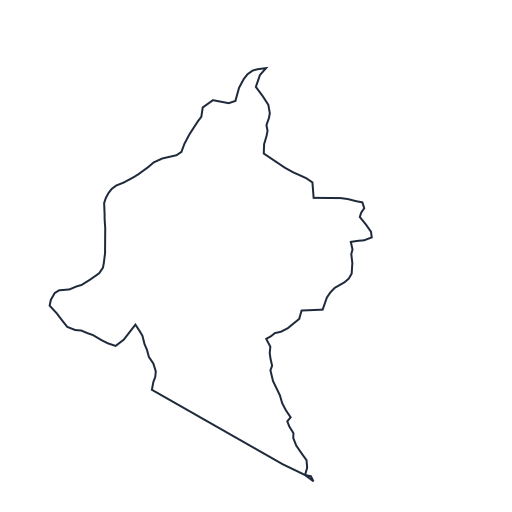 outline of Paraíso do Norte, Paraná, Brazil, rotated 119°
{"feature_id": "56859067B23838105782075", "entity_name": "Paraíso do Norte", "entity_type": "district", "adm_level": 2, "iso_a3": "BRA", "parent_name": "Brazil", "parent_adm1": "Paraná", "projection": "equal_earth", "projection_center": [-52.64, -23.256], "detail": "fine", "context": "isolated", "style": "outline", "palette": "slate", "viewbox_px": 512, "rotation_deg": 119, "n_neighbors": 0, "source": "geoboundaries", "source_scale": "gbopen_adm2", "svg_char_len": 1818}
<svg xmlns="http://www.w3.org/2000/svg" viewBox="0 0 512 512"><g transform="rotate(119 256 256)"><path d="M151.9,374.6L160.8,371.3L166.0,372.1L181.6,373.2L192.6,373.0L201.1,371.7L206.4,374.4L216.2,385.3L223.8,390.9L230.1,393.2L241.3,398.4L246.2,401.1L256.0,407.4L262.1,412.4L267.2,414.7L272.1,415.5L278.0,415.5L283.3,414.5L292.5,408.9L297.1,406.3L304.7,401.4L326.7,389.4L335.9,385.7L340.4,384.2L347.1,384.8L357.2,389.7L365.9,394.5L369.6,398.2L375.7,403.0L381.5,411.6L386.0,414.1L393.7,414.2L399.5,412.4L402.7,402.6L406.4,394.2L409.5,386.7L408.4,378.2L405.9,372.7L405.2,366.1L404.2,360.2L404.5,350.2L404.2,343.2L402.7,335.2L393.3,331.1L374.5,328.2L377.9,321.7L380.8,316.7L387.1,310.8L391.0,305.8L396.2,300.8L399.8,293.7L405.5,287.7L410.6,285.5L415.9,284.7L423.5,282.2L425.2,131.8L423.8,106.9L416.4,108.6L410.1,112.8L406.7,120.1L402.3,128.9L397.2,135.1L392.8,137.4L388.9,144.3L385.4,148.5L380.3,147.5L376.5,155.0L372.0,161.8L366.4,167.4L360.3,176.0L357.2,180.4L353.2,184.1L348.9,188.0L344.2,188.7L338.7,193.6L334.3,196.9L328.4,199.5L323.5,206.9L318.9,204.0L314.3,202.1L310.2,197.5L303.8,193.2L297.2,190.6L290.1,187.7L281.6,189.7L270.6,171.7L257.9,173.9L251.8,173.3L245.7,171.7L236.0,165.8L230.8,163.9L225.0,163.8L215.5,168.3L208.1,173.6L203.6,174.7L197.7,179.9L193.1,173.9L189.9,169.1L183.6,163.8L179.1,167.1L175.1,175.3L171.6,184.1L167.2,185.0L161.7,184.5L157.5,189.0L159.4,194.6L161.7,203.4L164.3,210.0L177.2,233.8L164.3,242.3L163.6,249.8L164.8,264.2L164.8,273.7L162.6,298.9L154.3,303.1L145.8,305.0L140.9,306.6L136.5,310.3L129.0,311.6L124.5,313.1L117.8,318.5L112.9,327.7L108.2,338.1L95.8,340.3L86.8,338.3L91.9,345.2L95.4,348.8L101.0,351.5L107.0,352.5L117.0,352.4L130.4,349.2L135.6,354.0L140.6,369.2L151.9,374.6ZM423.8,106.9L425.2,96.5L422.0,101.3L423.8,106.9Z" fill="none" stroke="#1e293b" stroke-width="2"/></g></svg>